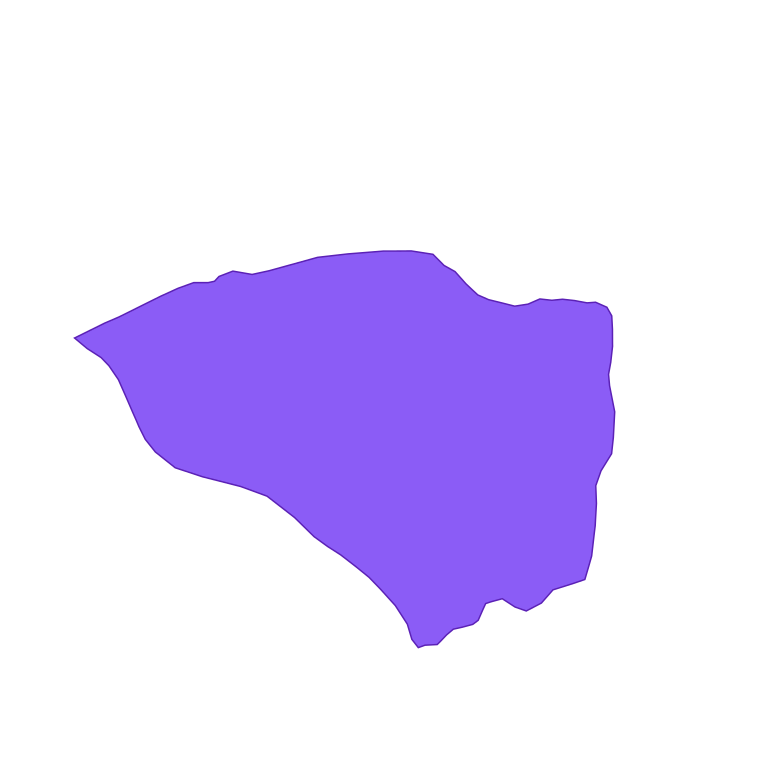 the district of Dweh, Grand Kru, Liberia, rotated 36°
{"feature_id": "62588387B41100614633328", "entity_name": "Dweh", "entity_type": "district", "adm_level": 2, "iso_a3": "LBR", "parent_name": "Liberia", "parent_adm1": "Grand Kru", "projection": "albers", "projection_center": [-8.062, 5.074], "detail": "fine", "context": "isolated", "style": "filled", "palette": "violet", "viewbox_px": 768, "rotation_deg": 36, "n_neighbors": 0, "source": "geoboundaries", "source_scale": "gbopen_adm2", "svg_char_len": 1382}
<svg xmlns="http://www.w3.org/2000/svg" viewBox="0 0 768 768"><g transform="rotate(36 384 384)"><path d="M195.4,381.5L187.3,394.0L186.5,400.5L182.1,405.4L170.5,413.8L161.2,427.5L151.7,444.3L130.2,485.5L122.3,498.8L106.6,528.7L123.1,529.8L139.6,528.9L150.7,530.9L166.6,536.6L181.4,545.2L197.8,554.9L205.4,559.3L210.9,562.6L223.4,569.1L239.0,573.4L264.3,574.5L291.8,565.7L328.2,551.2L355.3,543.5L384.1,544.4L390.2,544.6L417.2,548.6L431.7,548.6L433.9,548.6L449.3,547.7L468.8,548.3L485.6,549.2L501.5,552.0L523.4,556.6L544.1,564.6L556.6,574.2L566.7,577.1L570.7,571.2L580.2,563.5L581.0,558.6L582.1,550.2L584.2,541.6L590.3,534.7L597.1,526.3L599.1,519.8L596.8,509.3L595.3,501.9L598.0,498.1L599.3,496.4L605.9,488.2L621.1,487.4L632.5,484.0L640.1,468.7L641.7,451.2L655.0,433.2L661.4,424.1L656.9,411.5L653.1,401.1L641.7,380.9L638.1,374.4L634.7,369.2L626.1,355.8L615.1,341.8L610.6,326.7L609.1,306.6L601.0,292.5L587.0,270.9L567.5,252.8L560.0,244.2L554.7,233.2L546.7,219.1L545.4,217.4L536.7,205.5L528.2,195.0L519.2,190.9L507.1,193.5L500.6,199.0L489.1,204.5L478.6,210.5L470.6,217.6L460.1,223.6L453.6,234.7L444.0,244.2L432.5,248.8L419.0,254.3L407.5,256.8L400.0,255.9L391.5,254.8L375.4,251.3L370.4,251.9L362.9,252.8L347.4,250.3L327.9,260.3L312.7,271.5L305.4,276.8L299.7,281.7L278.3,300.0L255.8,320.6L224.5,359.9L212.9,372.9L195.4,381.5Z" fill="#8b5cf6" stroke="#5b21b6" stroke-width="1.5"/></g></svg>